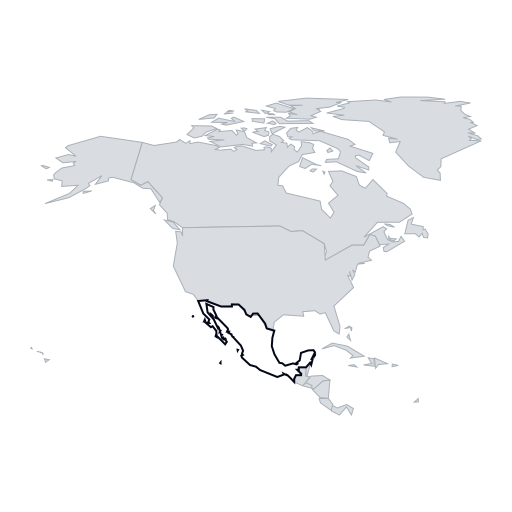 Mexico highlighted on a map of North America
{"feature_id": "MEX", "entity_name": "Mexico", "entity_type": "country or territory", "adm_level": 0, "iso_a3": "MEX", "parent_name": "North America", "parent_adm1": "", "projection": "robinson", "projection_center": [-103.635, 23.63], "detail": "medium", "context": "in_parent", "style": "outline", "palette": "ink", "viewbox_px": 512, "rotation_deg": 0, "n_neighbors": 17, "source": "natural_earth", "source_scale": "50m", "svg_char_len": 10351}
<svg xmlns="http://www.w3.org/2000/svg" viewBox="0 0 512 512"><path d="M182.5,227.7L173.6,221.5L167.6,219.7L167.2,213.3L159.5,204.8L162.4,197.9L147.9,181.7L140.8,185.4L130.9,179.6L142.2,142.4L154.1,145.5L176.3,142.1L179.7,139.5L185.7,143.3L190.0,140.7L189.8,143.6L198.2,142.1L215.7,145.5L219.4,147.5L215.1,149.4L220.3,150.2L230.8,149.1L233.8,151.4L237.1,149.4L234.2,147.8L236.1,146.5L242.0,145.9L255.7,150.4L264.5,149.8L264.0,147.4L266.6,146.8L271.2,148.1L271.4,151.7L276.4,144.9L269.7,140.9L269.6,136.9L272.7,134.3L279.5,136.5L283.8,140.6L281.4,142.4L286.9,143.2L287.3,147.2L290.8,144.1L294.6,146.6L294.1,149.5L297.3,152.1L301.6,146.0L301.1,141.7L309.5,142.6L313.7,144.5L312.5,148.5L314.9,152.4L302.3,154.6L298.6,161.5L288.9,166.2L278.8,177.2L277.9,185.2L282.7,185.9L286.2,193.0L320.1,201.1L321.6,209.2L330.4,218.1L334.0,212.3L328.5,203.2L338.0,195.3L329.9,185.8L332.9,181.4L328.5,171.4L341.6,170.9L356.3,176.5L359.4,185.2L365.4,188.3L372.9,179.5L387.1,193.5L386.5,196.1L403.5,203.4L410.4,209.2L412.1,214.0L399.5,222.2L377.5,222.3L363.9,237.2L383.1,226.7L386.6,228.8L383.9,231.8L387.7,239.8L392.8,242.0L398.5,241.4L401.0,236.4L404.6,241.2L386.8,251.7L384.0,251.4L383.2,247.6L388.7,244.0L379.2,244.6L375.3,236.2L369.9,234.5L363.8,245.2L351.8,245.2L326.2,260.1L323.5,258.7L326.5,251.6L324.2,243.7L302.5,230.7L291.2,231.5L279.8,226.0L182.5,227.7ZM310.1,170.9L312.2,169.0L316.4,169.1L313.2,172.1L310.1,170.9ZM315.0,131.1L311.4,127.8L324.7,131.0L318.8,130.8L315.0,131.1ZM324.2,174.2L322.8,171.2L325.0,172.1L324.2,174.2ZM276.1,123.2L274.8,124.6L267.5,123.3L272.5,120.9L276.1,123.2ZM274.5,114.7L268.4,114.6L267.7,113.7L272.8,113.7L274.5,114.7ZM261.8,110.2L269.7,111.7L265.4,113.6L261.8,110.2ZM313.0,123.4L279.3,123.7L274.8,118.7L266.2,117.3L280.6,117.2L287.6,121.1L308.8,120.7L313.0,123.4ZM226.1,112.9L233.4,113.1L223.9,114.0L226.1,112.9ZM229.4,110.3L234.0,111.1L226.7,111.8L229.4,110.3ZM413.4,217.6L411.1,224.1L423.2,226.6L423.0,229.8L425.2,229.1L428.1,234.1L427.6,238.0L423.5,237.3L422.2,233.2L419.1,237.0L415.3,233.7L404.8,233.8L408.1,220.2L413.4,217.6ZM302.5,157.7L316.7,164.7L321.3,165.7L311.8,164.2L305.1,168.5L299.6,166.5L302.5,157.7ZM312.9,133.8L320.4,131.3L348.2,139.4L355.0,144.4L350.2,146.2L372.9,153.4L369.2,160.6L359.1,155.2L355.4,155.7L355.7,157.9L368.9,167.1L368.7,170.0L355.9,165.7L366.0,173.0L357.1,171.4L336.5,161.9L325.3,162.3L326.7,159.4L338.5,158.8L340.5,151.8L337.8,148.7L319.6,140.7L291.8,139.8L289.2,138.5L291.9,136.8L287.9,136.8L286.5,133.1L290.8,128.4L297.7,127.4L296.1,129.8L298.7,132.1L307.3,127.6L312.8,131.4L312.9,133.8ZM270.1,128.8L279.6,126.4L284.9,127.2L272.1,133.8L270.1,128.8ZM198.7,119.4L209.4,114.7L217.0,114.3L214.0,118.0L198.7,119.4ZM150.3,208.6L155.2,205.5L153.4,210.4L155.8,213.9L150.3,208.6ZM244.6,108.8L256.3,110.4L259.4,113.4L245.3,111.8L247.8,110.9L244.6,108.8ZM180.0,229.8L172.7,228.4L164.4,220.0L173.1,222.0L180.0,229.8ZM191.7,125.7L211.6,126.0L216.8,128.6L206.1,132.1L202.0,136.2L194.3,138.0L187.0,134.5L193.9,127.9L191.7,125.7ZM233.8,117.1L243.8,121.5L226.1,125.2L221.7,124.1L227.5,122.5L211.7,122.3L218.5,118.2L234.8,121.5L231.3,118.3L233.8,117.1ZM236.2,130.0L244.4,131.6L246.9,137.7L256.6,142.9L251.8,143.2L252.7,146.1L242.5,144.4L221.1,146.9L210.1,141.4L224.3,139.9L208.8,139.3L207.5,138.0L214.2,136.5L205.1,135.6L217.6,129.2L220.3,129.9L218.8,131.6L232.0,130.5L236.5,135.3L238.0,133.8L236.2,130.0ZM258.1,131.4L255.0,129.1L266.3,127.6L264.6,130.4L268.9,132.0L268.6,135.2L264.1,136.6L252.4,132.1L258.1,131.4ZM241.2,128.2L244.8,128.0L246.9,128.8L244.4,131.2L241.2,128.2ZM252.1,118.6L264.7,118.9L263.9,123.1L252.3,121.2L252.1,118.6ZM266.3,106.0L276.4,103.1L293.8,108.7L286.4,112.2L276.6,112.0L273.7,110.6L275.4,108.5L266.3,106.0ZM278.1,101.4L306.4,98.1L348.2,99.5L336.0,102.5L341.3,102.4L329.7,107.1L316.0,108.7L319.6,109.1L318.1,109.7L320.7,111.4L311.0,115.7L316.3,117.2L309.9,119.2L286.3,118.2L290.3,115.8L288.6,113.4L297.2,114.6L289.0,111.9L295.6,108.6L290.4,105.8L302.7,105.2L288.5,105.1L278.1,101.4ZM332.8,151.1L327.9,152.5L326.8,150.6L330.1,147.9L332.8,151.1ZM264.7,140.8L272.3,144.7L270.6,146.1L260.3,143.6L264.7,140.8ZM384.4,223.8L390.3,224.6L394.5,227.2L388.0,225.9L384.4,223.8ZM388.6,236.3L390.3,238.4L396.2,238.9L393.6,241.0L388.8,239.1L388.6,236.3Z" fill="#d9dde1" stroke="#a8b0b8" stroke-width="1"/><path d="M182.5,227.7L279.8,226.0L291.2,231.5L302.5,230.7L324.2,243.7L325.3,260.1L351.8,245.2L363.8,245.2L369.9,234.5L375.3,236.2L380.1,246.1L369.6,251.1L368.0,257.1L371.5,260.2L358.4,263.4L364.8,263.4L357.6,264.2L355.1,272.3L352.5,269.8L354.8,274.7L352.0,280.0L349.6,271.3L350.2,276.1L347.7,275.4L353.6,287.5L333.9,306.0L340.0,326.5L339.2,334.0L333.9,331.0L325.3,312.7L320.0,314.1L315.0,310.7L302.8,311.7L303.7,316.2L283.4,314.8L274.2,322.2L272.8,331.2L267.0,328.8L259.5,315.2L248.1,315.7L238.4,304.6L221.2,306.4L207.3,300.2L198.2,301.0L193.3,294.3L185.5,291.7L173.3,266.1L177.3,243.0L175.7,231.3L181.1,231.9L182.6,236.0L182.5,227.7ZM142.2,142.4L130.9,179.6L140.8,185.4L147.9,181.7L162.4,197.9L159.8,202.6L150.9,188.7L142.8,188.3L133.7,182.7L112.4,177.2L108.6,178.1L108.3,180.9L95.4,184.3L101.9,175.6L88.3,183.5L89.9,185.6L85.8,188.6L68.9,197.6L45.0,203.6L69.7,193.3L78.0,185.3L61.7,186.4L62.2,180.9L54.2,178.8L53.7,174.7L56.0,172.4L61.7,168.1L74.5,165.6L73.3,163.0L76.2,161.4L62.9,162.8L55.9,158.0L68.6,154.5L76.0,156.3L65.5,147.6L68.2,145.6L100.5,136.3L142.2,142.4ZM41.0,165.5L44.6,165.9L49.3,167.5L46.1,168.8L41.0,165.5ZM44.3,358.8L49.2,359.7L45.6,362.3L44.3,358.8ZM42.7,352.9L43.3,354.9L42.3,353.3L42.7,352.9ZM40.3,352.0L42.0,352.7L40.0,352.5L40.3,352.0ZM36.9,351.6L38.8,351.5L38.5,351.8L36.9,351.6ZM31.6,347.4L32.0,349.0L30.7,348.2L31.6,347.4ZM47.0,179.9L52.8,179.6L52.4,181.2L47.0,179.9ZM83.4,191.4L91.8,190.9L83.2,193.4L83.4,191.4Z" fill="#d9dde1" stroke="#a8b0b8" stroke-width="1"/><path d="M374.0,358.8L374.3,366.3L363.5,364.9L371.8,363.5L368.2,357.8L374.0,358.8Z" fill="#d9dde1" stroke="#a8b0b8" stroke-width="1"/><path d="M375.6,368.3L374.5,358.0L387.5,363.7L378.3,364.6L375.6,368.3Z" fill="#d9dde1" stroke="#a8b0b8" stroke-width="1"/><path d="M344.6,328.6L348.5,326.7L348.7,327.8L344.6,328.6ZM348.7,325.8L351.9,327.8L351.4,331.0L350.6,328.1L348.7,325.8ZM346.9,336.9L348.8,334.2L350.5,340.5L346.9,336.9Z" fill="#d9dde1" stroke="#a8b0b8" stroke-width="1"/><path d="M383.9,99.5L400.9,97.0L427.8,97.1L445.0,99.2L420.3,100.6L445.2,101.8L444.4,103.4L459.8,101.4L470.5,103.0L455.2,106.0L461.1,106.1L460.9,110.6L464.9,114.3L470.3,116.5L463.2,117.7L469.8,119.4L473.4,122.3L470.8,122.6L477.0,125.6L468.5,129.2L475.3,133.3L467.9,132.8L477.8,135.9L481.3,138.9L476.8,139.6L468.4,136.1L471.3,138.5L469.4,140.4L481.2,140.8L441.1,158.8L440.8,166.7L437.3,170.0L440.1,173.1L440.4,180.4L423.6,177.3L408.6,166.1L395.7,152.1L400.2,141.5L389.8,142.8L388.6,138.3L397.5,139.2L383.0,135.3L384.5,131.9L368.9,121.4L341.8,119.6L332.9,116.4L344.3,115.2L326.7,113.0L343.9,108.5L344.3,107.3L337.1,106.1L349.4,102.9L347.7,101.7L375.7,100.0L391.5,102.0L383.9,99.5Z" fill="#d9dde1" stroke="#a8b0b8" stroke-width="1"/><path d="M353.4,408.5L351.4,415.0L346.4,407.0L339.5,415.0L331.6,411.2L331.2,404.8L337.2,408.0L346.7,404.5L353.4,408.5Z" fill="#d9dde1" stroke="#a8b0b8" stroke-width="1"/><path d="M332.8,404.4L331.2,410.5L320.4,402.8L319.2,398.5L328.3,398.3L332.8,404.4Z" fill="#d9dde1" stroke="#a8b0b8" stroke-width="1"/><path d="M328.3,398.3L320.1,397.6L312.3,389.4L322.9,380.9L329.9,380.0L328.3,398.3Z" fill="#d9dde1" stroke="#a8b0b8" stroke-width="1"/><path d="M329.9,380.0L322.9,380.9L313.6,389.1L305.5,382.6L311.1,376.1L322.6,375.5L329.9,380.0Z" fill="#d9dde1" stroke="#a8b0b8" stroke-width="1"/><path d="M305.5,382.6L312.0,385.4L311.3,388.3L302.6,385.7L305.5,382.6Z" fill="#d9dde1" stroke="#a8b0b8" stroke-width="1"/><path d="M294.2,382.1L296.0,375.2L301.0,375.2L297.0,369.8L298.8,367.3L306.1,367.3L305.9,376.0L309.8,376.7L305.5,382.6L302.6,385.7L294.2,382.1Z" fill="#d9dde1" stroke="#a8b0b8" stroke-width="1"/><path d="M306.1,367.3L310.1,364.9L307.1,376.0L305.9,376.0L306.1,367.3Z" fill="#d9dde1" stroke="#a8b0b8" stroke-width="1"/><path d="M392.3,364.1L398.3,365.4L392.1,366.7L392.3,364.1Z" fill="#d9dde1" stroke="#a8b0b8" stroke-width="1"/><path d="M348.3,365.5L354.0,364.7L356.8,367.0L348.3,365.5Z" fill="#d9dde1" stroke="#a8b0b8" stroke-width="1"/><path d="M332.2,343.1L347.6,346.2L364.2,356.2L350.4,358.1L352.9,355.6L346.3,350.3L334.1,345.6L321.9,348.9L332.2,343.1Z" fill="#d9dde1" stroke="#a8b0b8" stroke-width="1"/><path d="M414.2,402.1L418.3,398.6L418.3,402.0L414.2,402.1Z" fill="#d9dde1" stroke="#a8b0b8" stroke-width="1"/><path d="M198.2,301.0L207.3,300.2L206.9,301.2L221.1,306.5L231.9,306.5L231.9,304.4L238.6,304.5L244.4,309.8L246.3,314.4L250.7,316.9L253.1,313.6L257.6,313.5L265.1,323.5L266.7,328.4L274.3,330.6L272.4,337.7L271.8,346.2L274.4,354.2L279.4,362.8L282.3,363.3L285.2,365.7L293.1,363.4L296.6,364.4L297.6,363.7L297.0,362.5L299.7,360.4L301.0,352.9L308.3,350.4L313.5,350.2L315.0,352.3L311.6,359.1L312.6,359.3L311.2,364.9L310.1,362.7L306.0,367.3L298.8,367.3L298.8,369.8L297.2,369.8L301.2,373.7L301.1,375.2L296.0,375.2L294.2,378.7L294.2,382.0L290.4,378.0L287.5,375.2L285.6,374.2L287.1,375.4L283.6,373.6L284.0,374.5L277.3,377.0L260.2,370.1L256.0,366.7L250.0,365.0L242.0,357.6L241.3,355.7L242.9,354.9L241.9,353.8L243.1,350.8L240.9,345.6L233.3,337.3L234.2,337.3L232.5,336.7L231.3,334.6L232.2,334.7L228.4,332.8L229.0,331.7L227.0,331.7L228.1,329.3L227.5,328.1L216.6,316.9L216.4,315.7L213.4,309.5L213.5,307.1L206.4,303.9L207.6,312.4L213.8,319.5L217.6,327.4L217.8,326.5L218.7,327.3L222.0,337.9L223.2,339.0L223.6,337.9L226.8,341.8L225.2,344.3L216.6,335.7L216.3,330.9L212.6,326.2L210.9,327.2L205.6,322.6L209.2,322.9L208.4,321.8L209.3,319.5L203.3,313.5L198.2,301.0ZM215.6,316.0L216.1,318.0L215.2,317.6L215.6,316.0ZM212.8,316.7L211.5,315.6L211.2,314.4L212.7,315.6L212.8,316.7ZM314.4,356.1L314.3,355.3L315.1,354.9L315.1,355.0L314.4,356.1ZM216.6,337.0L215.7,335.9L216.3,333.7L216.1,335.7L216.6,337.0ZM205.1,320.7L204.3,321.0L204.8,319.8L205.1,320.7ZM193.3,317.2L192.7,316.4L192.9,316.1L193.1,316.1L193.3,317.2ZM217.4,337.0L218.0,337.9L216.8,337.1L217.4,337.0ZM238.0,349.9L237.7,350.4L237.6,349.8L238.0,349.9ZM222.3,334.8L222.5,335.4L221.9,334.6L222.3,334.8ZM220.1,330.3L220.5,330.6L219.9,331.2L220.1,330.3ZM220.5,362.6L220.5,363.2L220.2,363.0L220.5,362.6ZM296.1,363.3L295.5,363.4L296.6,363.1L296.1,363.3ZM225.4,338.6L225.1,338.6L225.0,337.9L225.4,338.6Z" fill="none" stroke="#020617" stroke-width="2"/></svg>